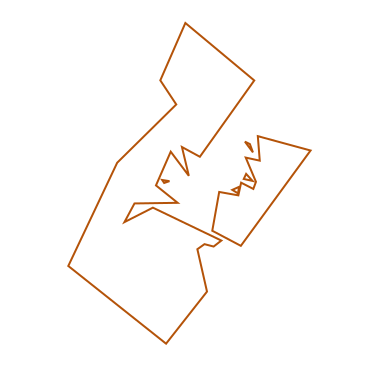 SVG path tracing the border of Los Lagos, rotated 208°
{"feature_id": "CHL-2704", "entity_name": "Los Lagos", "entity_type": "Region", "adm_level": 1, "iso_a3": "CHL", "parent_name": "Chile", "parent_adm1": "", "projection": "robinson", "projection_center": [-73.115, -42.159], "detail": "coarse", "context": "isolated", "style": "outline", "palette": "amber", "viewbox_px": 384, "rotation_deg": 208, "n_neighbors": 0, "source": "natural_earth", "source_scale": "10m", "svg_char_len": 769}
<svg xmlns="http://www.w3.org/2000/svg" viewBox="0 0 384 384"><g transform="rotate(208 192 192)"><path d="M271.8,182.7L247.0,261.9L272.4,275.7L277.2,338.1L189.4,319.7L201.6,226.8L222.0,227.0L202.4,204.8L229.7,217.6L226.9,180.9L199.6,175.7L237.4,154.9L237.5,133.7L219.2,159.8L143.3,162.9L147.3,154.0L156.5,151.8L160.4,144.0L132.0,111.1L143.7,45.9L266.5,68.6L271.8,182.7ZM106.8,284.3L123.6,167.4L155.9,167.3L168.0,204.8L149.5,210.8L153.0,223.3L139.3,223.5L140.3,231.0L160.7,247.6L146.9,251.5L160.1,272.2L106.8,284.3ZM157.4,212.8L152.9,218.6L150.7,212.4L157.4,212.8ZM224.0,188.6L217.0,191.0L220.8,186.9L224.0,188.6ZM163.4,261.5L156.8,255.6L168.9,261.3L163.4,261.5ZM152.4,227.8L152.7,233.4L143.8,230.2L152.4,227.8Z" fill="none" stroke="#b45309" stroke-width="2"/></g></svg>